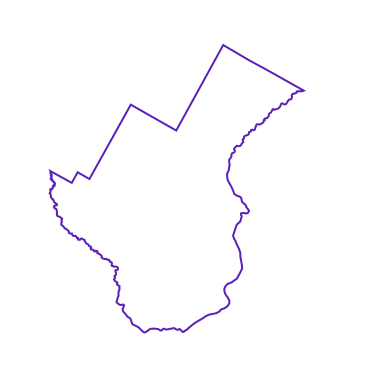 outline of Collón Curá, Neuquén, Argentina, rotated 343°
{"feature_id": "61730980B40628819919033", "entity_name": "Collón Curá", "entity_type": "district", "adm_level": 2, "iso_a3": "ARG", "parent_name": "Argentina", "parent_adm1": "Neuquén", "projection": "equal_earth", "projection_center": [-70.399, -40.052], "detail": "fine", "context": "isolated", "style": "outline", "palette": "violet", "viewbox_px": 384, "rotation_deg": 343, "n_neighbors": 0, "source": "geoboundaries", "source_scale": "gbopen_adm2", "svg_char_len": 5858}
<svg xmlns="http://www.w3.org/2000/svg" viewBox="0 0 384 384"><g transform="rotate(343 192 192)"><path d="M57.3,147.9L57.0,148.6L56.8,150.6L56.4,151.0L55.5,151.6L56.0,152.9L56.1,153.4L55.9,154.8L55.6,155.4L56.0,156.9L56.5,158.2L56.8,158.5L57.1,158.6L57.0,159.2L57.2,159.8L57.2,161.0L57.4,161.7L59.0,163.8L59.3,164.3L59.0,165.0L58.9,165.1L58.3,164.8L57.2,165.1L57.0,164.9L56.1,165.2L55.6,165.8L55.7,167.0L56.3,167.8L57.1,168.4L57.3,168.9L57.1,171.5L56.2,173.8L56.1,174.7L56.2,175.4L56.6,175.9L58.0,176.9L59.2,178.3L60.0,179.5L59.8,180.0L59.6,180.3L59.2,180.4L58.8,180.9L58.8,181.2L58.8,182.4L58.5,183.1L58.3,183.3L57.6,184.4L57.4,185.2L58.3,186.2L59.1,187.7L59.6,189.4L60.2,190.2L60.8,190.4L62.7,193.4L62.7,193.8L62.4,194.4L62.4,195.0L62.6,195.5L63.3,196.1L65.0,196.6L65.2,198.7L65.8,199.4L66.5,199.7L67.7,199.8L68.1,200.3L68.3,200.6L68.4,202.3L68.7,202.6L69.3,202.5L69.5,202.6L69.6,202.9L69.3,203.8L69.3,204.4L70.8,204.9L71.3,204.8L71.9,204.2L72.7,204.2L73.1,204.3L73.8,205.3L74.6,206.0L75.2,206.3L75.3,207.1L75.1,208.0L75.4,208.4L75.6,209.6L75.8,210.1L76.2,210.7L76.9,211.2L77.6,212.2L77.6,213.4L78.1,214.0L79.2,214.5L79.3,215.0L79.4,215.4L79.2,215.9L78.8,216.2L78.5,216.6L78.4,216.8L78.6,217.4L80.7,218.4L80.9,218.7L81.0,219.8L81.3,220.3L81.9,220.5L82.8,220.1L83.8,220.6L84.2,221.1L84.3,221.4L84.2,221.7L83.6,222.4L83.7,223.1L84.8,223.8L86.0,225.0L86.5,226.1L87.0,226.9L86.9,227.4L86.4,228.4L87.3,229.5L89.3,230.9L90.7,230.9L91.2,231.9L93.0,232.8L93.1,233.4L92.9,234.1L92.9,234.4L94.6,235.9L94.7,236.2L94.3,237.2L94.3,237.5L93.7,238.7L93.7,239.1L93.9,239.4L94.1,239.6L94.8,239.7L95.4,240.5L96.1,240.5L98.3,241.6L98.9,242.6L98.9,243.4L98.7,244.0L98.2,244.4L97.1,244.7L96.5,244.4L96.1,244.4L96.0,244.6L95.7,245.1L95.5,245.7L95.6,246.2L95.5,247.5L95.1,248.7L94.5,249.4L93.4,249.6L93.2,249.8L93.2,250.4L93.3,251.0L93.0,252.0L92.8,252.3L92.2,252.5L91.9,252.7L91.9,253.5L92.3,254.5L93.5,256.2L94.1,256.6L94.1,257.1L93.5,257.8L93.2,258.5L93.3,258.8L94.7,260.3L95.0,260.5L95.2,260.8L95.1,261.3L94.6,261.8L94.5,262.0L94.3,263.9L93.5,264.6L92.0,267.3L91.6,269.3L91.3,269.9L90.0,271.4L89.1,273.0L87.8,274.7L87.7,275.1L88.0,276.2L89.3,278.0L89.9,278.7L91.1,279.3L93.3,279.5L93.7,279.9L93.9,280.7L91.9,283.1L91.3,284.3L91.2,286.1L92.7,289.1L93.8,292.3L95.8,294.6L96.2,295.6L96.2,298.2L96.1,299.0L96.5,301.2L99.9,304.3L101.5,306.1L104.1,311.0L105.3,312.4L105.9,312.5L106.4,312.5L108.6,311.9L111.3,310.9L112.6,310.8L116.0,311.6L119.7,313.3L120.9,314.8L121.6,315.3L122.3,315.6L123.4,314.9L124.8,314.4L125.3,314.6L125.8,315.1L127.2,316.0L129.7,316.4L130.5,316.3L132.1,316.7L134.2,316.7L135.4,317.2L136.4,318.5L137.6,319.4L138.2,319.7L139.7,319.4L140.5,319.7L140.9,320.9L142.3,323.1L143.0,323.4L144.6,322.6L146.0,322.4L147.6,321.8L148.0,321.5L154.9,318.6L157.1,317.9L165.9,315.8L169.1,314.7L172.9,314.3L179.6,315.0L183.2,314.3L185.5,312.8L188.3,312.8L191.5,312.0L193.7,310.8L195.4,309.0L195.9,306.6L195.3,303.3L194.1,299.8L193.9,296.9L194.6,294.0L196.4,291.9L199.1,290.3L203.6,290.0L206.4,289.0L209.4,288.1L214.4,283.3L217.7,279.7L218.4,276.0L219.4,267.6L220.4,264.3L220.3,260.1L219.4,254.1L219.2,251.3L218.7,249.6L218.6,248.6L218.5,246.2L218.6,245.6L225.0,236.6L226.2,235.8L229.1,234.6L230.3,233.2L232.5,229.7L232.5,229.3L232.2,228.4L232.2,227.6L232.6,226.9L233.5,226.7L234.8,227.0L236.5,227.9L237.9,228.4L238.6,228.5L239.8,228.0L240.8,227.0L241.0,226.7L240.7,225.2L239.9,223.3L239.6,222.2L239.5,220.3L239.1,219.3L238.3,218.4L237.6,217.1L237.2,216.1L237.0,215.2L237.1,213.7L237.4,212.4L236.8,211.0L235.5,209.8L234.0,208.8L231.8,206.1L231.9,204.5L231.3,199.4L230.9,197.1L230.0,193.0L229.7,191.0L229.8,189.0L230.3,186.7L231.2,184.3L233.7,181.8L234.2,180.0L234.7,179.1L235.2,178.7L235.5,178.2L235.9,177.0L236.3,174.5L236.9,172.1L238.9,170.7L240.0,169.6L240.3,169.1L240.4,168.1L240.7,167.6L241.0,167.3L241.6,166.8L243.7,166.5L244.3,166.2L244.7,165.9L245.0,165.1L245.0,164.6L244.8,163.7L244.8,163.1L245.0,162.8L247.8,161.1L248.2,160.9L248.9,161.2L250.1,161.9L251.0,162.0L251.7,161.9L252.7,161.4L253.6,160.4L255.7,159.1L255.8,158.4L255.6,157.6L255.7,156.8L255.9,156.5L256.2,156.3L257.1,156.1L257.7,155.2L257.9,154.6L258.3,154.1L258.6,153.9L259.5,153.8L260.1,153.7L261.8,153.8L262.9,153.5L263.4,152.9L263.7,152.3L263.8,151.7L264.5,151.3L265.9,151.3L266.1,151.2L266.7,150.0L267.7,149.9L268.2,150.2L268.9,151.0L269.2,151.0L270.4,150.5L270.7,150.2L271.4,148.9L272.2,148.1L272.9,146.9L273.5,146.4L274.1,146.3L274.6,146.4L276.0,147.2L276.9,147.2L278.5,146.9L280.6,146.2L281.2,145.4L281.5,144.6L282.3,144.6L282.5,144.5L282.1,143.9L282.8,143.2L283.7,143.0L284.9,143.4L285.6,143.3L285.9,142.9L287.5,141.9L288.2,140.4L289.1,139.4L290.9,139.0L293.2,136.6L293.6,136.4L293.9,136.5L294.4,137.3L295.5,137.3L296.2,137.5L298.9,137.3L300.9,136.3L302.0,135.2L302.6,134.3L303.0,133.8L304.0,133.5L304.7,133.9L305.4,134.9L306.4,135.4L306.8,135.5L307.6,135.4L308.8,134.5L309.5,133.7L310.2,133.3L311.3,132.2L311.9,132.0L312.6,132.2L313.6,132.3L314.3,132.1L315.5,130.2L315.5,129.1L315.7,128.7L316.2,128.0L316.7,127.9L317.0,127.6L317.5,127.5L317.9,127.8L319.2,127.9L319.4,127.7L321.2,127.6L321.3,127.3L321.4,126.8L321.6,126.5L322.3,126.4L324.9,127.4L327.1,127.9L328.5,127.7L300.5,98.4L285.4,83.0L264.8,60.6L194.9,128.6L159.0,90.6L97.7,149.6L88.4,139.7L79.7,148.1L62.6,130.5L62.6,131.1L62.8,131.6L62.4,131.9L62.4,132.2L62.1,133.0L62.4,133.1L62.6,133.5L62.7,134.0L62.8,135.0L62.6,135.2L62.2,135.0L61.9,135.1L61.8,135.6L62.2,136.0L62.2,136.5L61.8,136.8L60.8,138.0L61.6,138.4L61.9,138.7L61.8,139.2L61.4,139.5L61.3,139.8L61.9,140.2L62.1,140.4L62.0,140.9L62.5,141.2L62.6,142.1L63.3,142.6L63.2,143.1L63.4,143.9L63.2,144.2L62.8,144.2L62.5,144.4L62.5,144.9L62.8,145.0L62.7,145.5L62.3,145.3L61.8,145.2L61.5,145.4L61.1,145.4L61.0,145.8L60.5,146.0L60.4,146.3L60.8,146.8L60.2,147.2L60.0,147.4L59.5,147.6L59.4,147.9L59.2,148.2L58.5,148.5L57.7,147.9L57.3,147.9Z" fill="none" stroke="#5b21b6" stroke-width="2"/></g></svg>